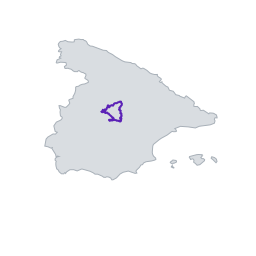 Spain, with Madrid highlighted, rotated 21°
{"feature_id": "ESP-5833", "entity_name": "Madrid", "entity_type": "Autonomous Community", "adm_level": 1, "iso_a3": "ESP", "parent_name": "Spain", "parent_adm1": "", "projection": "robinson", "projection_center": [-3.775, 40.528], "detail": "fine", "context": "in_parent", "style": "outline", "palette": "violet", "viewbox_px": 256, "rotation_deg": 21, "n_neighbors": 0, "source": "natural_earth", "source_scale": "10m", "svg_char_len": 7175}
<svg xmlns="http://www.w3.org/2000/svg" viewBox="0 0 256 256"><g transform="rotate(21 128 128)"><path d="M136.2,67.5L136.2,68.1L137.4,69.2L140.7,69.9L141.6,70.4L141.4,71.9L140.6,73.3L141.4,73.8L142.2,73.8L143.1,72.7L143.3,73.4L144.9,74.1L148.2,75.3L150.6,75.5L153.1,77.9L157.1,77.5L160.7,79.8L164.1,79.3L164.9,79.7L170.1,79.8L170.3,77.9L170.9,77.1L180.1,79.8L181.2,81.4L181.0,82.2L181.6,84.1L182.7,84.0L185.1,83.0L188.2,84.3L189.1,85.5L189.7,85.6L192.0,84.4L198.4,85.8L198.6,84.9L199.0,84.6L201.6,83.8L202.7,83.6L206.1,84.2L206.5,85.3L207.2,85.7L207.5,86.7L205.6,87.2L205.4,88.8L206.7,90.2L206.9,92.6L203.6,95.6L194.0,100.8L190.9,103.8L183.7,105.4L176.3,107.7L171.9,111.8L173.0,112.1L174.4,113.5L174.0,114.2L172.0,115.1L170.3,115.4L167.1,120.5L162.7,125.7L161.1,128.1L157.6,134.2L157.6,136.0L159.4,142.1L160.4,143.7L161.9,145.1L164.6,146.2L165.3,147.4L164.3,148.5L161.7,150.4L157.0,153.0L155.1,155.0L154.7,157.0L153.3,157.9L152.8,160.6L151.0,164.5L150.9,165.5L152.4,166.9L150.9,167.8L143.7,168.1L139.3,171.1L137.1,173.8L135.1,178.7L132.6,181.7L131.5,182.2L129.8,180.9L127.7,180.7L125.7,181.1L124.6,182.2L122.9,182.7L121.3,182.2L117.7,182.0L116.2,182.0L113.7,182.9L111.6,182.3L108.0,182.0L100.3,182.7L99.3,183.0L95.9,186.3L92.1,186.4L88.7,187.8L86.4,191.0L86.0,192.8L85.3,192.3L84.8,192.5L84.5,193.8L82.2,194.6L79.5,193.6L77.4,191.9L76.2,191.8L74.4,189.3L73.6,187.7L73.0,186.0L73.0,184.8L71.4,184.1L71.0,182.5L72.2,180.4L73.8,179.3L72.3,179.4L71.2,180.7L69.9,178.6L64.3,174.4L64.6,173.0L63.7,174.1L63.0,174.4L60.1,174.2L56.8,174.7L55.5,167.7L56.4,165.2L60.2,160.4L62.5,159.7L63.5,157.3L61.3,157.4L58.0,152.6L59.0,148.2L62.3,144.8L62.9,143.5L63.1,142.2L62.4,141.4L60.6,140.9L58.8,137.4L58.4,135.2L56.8,133.9L55.6,131.8L56.7,131.4L61.5,131.4L62.7,130.9L63.5,129.4L64.5,127.0L64.7,125.6L62.9,123.5L62.8,123.0L63.1,122.4L66.0,120.0L65.4,118.3L65.9,114.7L65.7,112.6L65.4,110.9L64.5,108.6L65.1,107.7L66.7,106.9L67.9,105.1L69.6,103.6L71.9,102.3L74.6,99.6L74.2,98.5L73.3,97.8L70.1,97.2L69.8,96.7L69.9,93.8L69.1,92.6L67.9,92.7L66.1,92.2L65.6,92.6L63.3,92.5L61.7,91.9L61.0,92.4L60.8,93.4L58.0,94.5L56.5,94.4L54.0,93.5L51.2,93.8L50.8,93.6L48.4,94.8L47.6,94.8L46.6,93.4L48.0,91.3L46.8,89.3L46.1,89.3L41.5,90.7L38.9,92.6L37.8,92.9L37.5,92.5L37.4,89.8L40.2,86.9L38.5,86.7L38.6,85.9L39.7,84.6L38.6,83.6L38.7,80.6L36.2,81.6L35.6,81.4L35.6,80.3L37.1,77.9L35.6,77.7L34.4,76.8L32.9,74.9L32.9,73.9L33.8,71.5L36.0,70.4L38.1,68.7L41.0,69.0L45.3,67.7L46.8,66.9L46.8,65.9L46.3,65.2L46.7,64.5L50.3,62.6L52.4,62.3L54.5,61.4L55.9,62.0L57.2,61.8L58.6,62.5L60.5,64.3L63.3,65.0L65.5,64.4L76.9,64.3L80.1,63.4L82.6,64.5L87.4,65.0L90.4,65.9L98.4,67.3L101.3,67.4L107.2,65.9L108.8,66.3L111.1,65.6L112.3,65.7L113.7,66.7L118.9,68.1L120.2,66.9L121.2,66.7L125.0,67.4L128.7,68.8L130.7,68.9L133.5,68.6L136.2,67.5ZM206.6,129.6L208.0,130.1L209.4,129.6L210.1,129.8L210.9,130.1L211.1,131.2L208.2,136.5L205.8,138.0L203.3,136.8L201.9,136.6L201.5,136.1L201.1,134.4L200.4,133.8L199.5,133.6L197.6,135.0L197.0,134.0L196.1,133.9L195.7,133.3L195.7,132.6L201.5,128.4L203.2,127.5L206.7,126.4L207.3,126.6L206.8,127.2L207.3,127.8L206.6,129.6ZM223.1,127.4L222.6,128.9L218.1,126.9L216.7,126.6L216.4,126.3L216.5,124.8L219.4,124.6L221.7,125.4L223.1,127.4ZM182.9,144.6L182.4,145.7L180.2,145.3L179.7,144.9L180.2,143.7L180.8,143.5L180.8,142.7L181.4,141.8L184.5,141.1L185.2,141.7L185.4,142.5L183.6,144.4L182.9,144.6ZM185.1,148.9L184.7,149.1L182.4,148.9L182.3,148.2L182.8,147.2L183.7,148.2L185.0,148.4L185.1,148.9Z" fill="#d9dde1" stroke="#a8b0b8" stroke-width="1"/><path d="M118.7,123.2L118.5,123.3L118.6,123.5L118.6,123.8L118.8,124.0L118.7,124.4L118.6,124.5L118.4,124.7L118.1,124.8L117.4,124.8L117.4,124.6L117.1,124.4L116.5,124.6L115.6,125.0L115.1,125.1L114.9,125.2L114.7,125.1L114.5,124.9L114.0,125.1L112.6,125.1L112.4,125.2L112.3,125.4L112.3,125.5L112.2,125.6L111.6,125.7L111.5,125.8L111.4,125.8L111.0,126.0L110.8,126.1L110.7,126.1L110.7,126.4L110.7,126.5L110.3,126.6L110.0,126.8L109.8,126.9L109.6,126.9L109.4,126.9L109.3,127.0L109.2,127.1L108.9,127.4L108.6,127.6L108.3,127.8L108.1,127.7L107.6,127.5L107.4,127.3L107.4,127.2L107.5,127.1L108.6,126.7L108.8,126.7L109.0,126.4L109.4,126.3L109.6,126.1L110.2,125.5L110.4,125.4L110.5,125.3L110.7,125.2L110.8,125.2L111.0,124.9L111.1,124.5L111.1,124.4L111.1,124.2L110.9,124.0L110.2,123.7L109.9,123.6L109.7,123.6L109.2,123.6L108.9,123.5L108.6,123.2L108.4,123.1L108.2,123.1L107.9,123.0L107.8,122.9L107.7,122.8L107.0,122.6L106.5,122.4L105.8,122.2L105.6,122.1L105.4,121.9L105.2,121.7L104.8,121.5L104.7,121.5L104.4,121.7L104.2,121.7L103.7,121.6L103.3,121.2L103.2,121.1L102.7,121.3L102.3,121.3L102.1,121.4L102.1,121.5L101.8,121.9L101.8,122.0L101.6,122.1L101.4,122.1L101.2,121.9L100.9,121.8L100.8,121.6L100.7,121.4L100.6,121.2L100.7,120.9L100.6,120.7L100.4,120.6L100.2,120.9L100.1,121.0L99.6,121.5L99.4,121.8L99.2,122.0L98.8,122.1L98.6,122.2L98.5,122.3L98.4,122.4L98.3,122.5L98.1,122.5L97.9,122.5L97.5,122.3L97.7,122.0L97.8,121.4L98.0,121.1L98.1,120.8L98.1,120.7L98.0,120.4L98.0,120.2L98.3,120.2L98.5,120.4L98.5,120.5L98.8,120.5L99.0,120.4L99.3,120.2L99.4,119.9L99.5,119.8L99.5,119.6L99.5,119.2L99.8,119.0L99.9,118.9L100.0,118.9L100.2,119.0L100.3,119.0L100.5,118.9L100.9,118.9L101.0,118.8L101.0,118.7L101.1,118.1L101.2,117.9L101.1,117.6L101.1,117.4L101.1,117.2L101.1,116.9L101.1,116.6L101.2,116.4L101.3,116.3L101.5,116.2L101.6,115.9L101.6,115.7L101.5,115.4L101.6,115.2L101.8,115.2L101.9,115.4L102.0,115.5L102.5,115.5L102.7,115.4L102.9,115.4L103.0,115.4L103.2,115.2L103.2,114.9L103.2,114.6L103.3,114.1L103.7,113.6L103.8,113.5L104.3,112.7L104.5,112.6L104.8,112.5L105.1,112.5L105.3,112.6L105.7,112.5L105.8,112.5L105.8,112.4L106.0,112.1L106.1,111.9L106.1,111.5L106.1,111.4L106.2,111.2L106.3,111.1L106.3,110.8L106.3,110.6L106.3,110.3L106.5,110.0L106.7,109.8L106.9,109.6L107.0,109.5L107.1,109.4L108.3,109.0L108.5,108.9L108.8,108.6L108.9,108.4L109.0,108.3L109.1,108.0L109.2,107.9L109.4,107.7L110.0,107.3L110.3,107.1L110.6,106.8L110.6,106.6L110.8,106.5L110.9,106.4L111.3,106.1L112.0,106.0L112.1,106.3L112.6,106.8L112.7,107.0L112.9,107.1L113.0,107.2L113.3,107.4L113.5,107.4L113.7,108.0L113.9,108.6L113.9,108.8L113.9,109.0L113.7,109.3L113.5,109.8L113.5,110.0L113.4,110.1L113.3,110.4L113.3,110.5L113.4,110.8L113.2,111.0L112.9,111.7L112.9,111.8L112.8,112.0L112.7,112.2L112.7,112.3L112.8,112.5L113.2,112.6L113.3,112.7L113.4,112.9L113.4,113.0L113.4,113.3L113.5,113.4L113.5,113.5L113.4,113.6L113.3,113.9L113.2,114.0L113.3,114.1L113.5,114.3L113.8,114.3L114.0,114.3L114.1,114.2L114.3,114.3L114.5,114.6L114.7,114.8L114.8,114.9L115.0,114.8L115.1,115.2L115.1,115.7L115.2,115.8L115.4,116.0L115.6,116.2L115.6,116.3L115.6,116.5L115.6,116.8L115.8,116.8L115.9,116.7L116.0,116.6L116.3,116.7L116.4,116.8L116.5,116.9L116.8,117.1L116.9,117.3L116.9,117.7L116.9,118.2L116.9,118.3L117.0,118.4L117.3,118.5L117.5,118.6L117.7,119.0L117.7,119.3L117.7,119.6L117.6,119.8L117.6,120.0L117.5,120.3L117.3,120.4L117.2,120.6L117.2,120.8L117.1,121.1L117.0,121.4L117.1,121.6L117.2,121.8L117.3,121.8L117.4,121.7L117.5,121.6L117.9,121.2L118.1,121.2L118.2,121.3L118.4,121.5L118.5,121.8L118.5,122.0L118.5,122.5L118.7,123.2ZM101.7,114.0L102.0,114.6L101.1,114.6L101.1,114.2L101.4,114.0L101.7,114.0Z" fill="none" stroke="#5b21b6" stroke-width="2"/></g></svg>